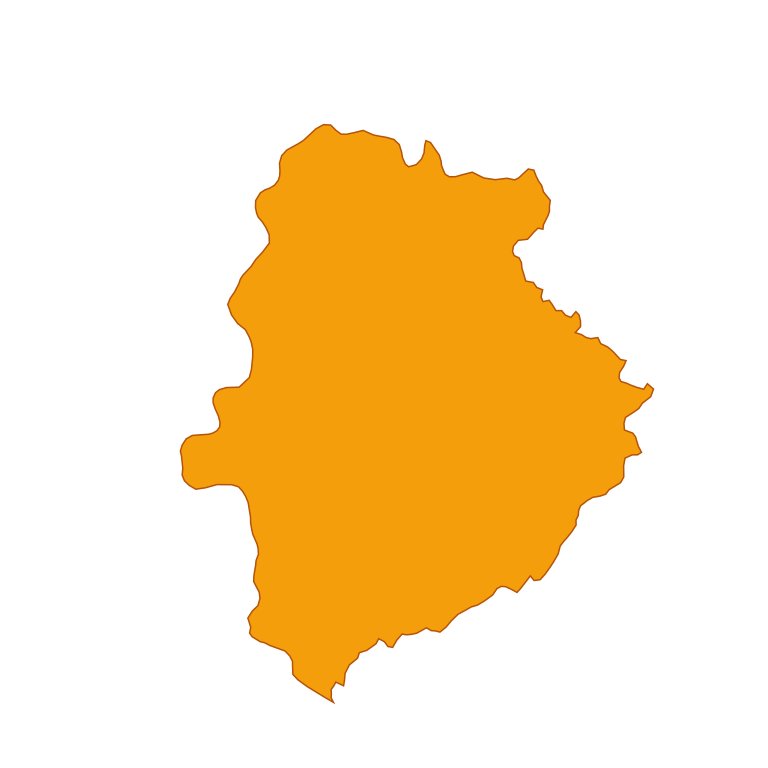 the district of Reserva do Iguaçu, Paraná, Brazil, rotated 62°
{"feature_id": "56859067B45945629242811", "entity_name": "Reserva do Iguaçu", "entity_type": "district", "adm_level": 2, "iso_a3": "BRA", "parent_name": "Brazil", "parent_adm1": "Paraná", "projection": "albers", "projection_center": [-51.961, -25.873], "detail": "fine", "context": "isolated", "style": "filled", "palette": "amber", "viewbox_px": 768, "rotation_deg": 62, "n_neighbors": 0, "source": "geoboundaries", "source_scale": "gbopen_adm2", "svg_char_len": 3554}
<svg xmlns="http://www.w3.org/2000/svg" viewBox="0 0 768 768"><g transform="rotate(62 384 384)"><path d="M641.4,578.1L636.3,578.0L632.8,575.9L629.0,574.2L627.0,570.1L624.6,566.5L628.1,563.8L631.5,561.4L627.1,558.0L621.2,554.2L615.8,546.5L613.7,536.1L609.7,532.0L611.1,524.1L609.6,513.0L606.4,508.2L611.8,504.6L617.6,503.8L620.6,500.0L616.2,493.0L613.3,485.5L616.1,481.7L617.8,477.6L619.4,472.1L619.2,461.0L623.9,458.1L626.2,454.5L629.3,451.1L627.8,443.4L624.6,435.5L622.1,426.8L622.0,419.4L621.8,411.6L623.1,405.4L622.7,397.3L621.3,387.1L617.7,380.3L617.7,375.6L620.1,371.7L626.0,367.3L630.5,364.4L628.8,359.7L624.9,351.0L622.1,344.9L628.0,343.7L630.1,338.0L627.5,330.9L623.6,323.1L620.3,317.2L615.8,310.0L609.8,304.5L607.4,299.4L605.4,294.0L602.6,287.6L598.7,280.6L594.2,278.3L591.3,274.2L587.3,271.7L583.8,267.7L582.3,259.0L582.1,252.9L584.4,245.9L585.4,240.0L583.0,234.9L582.2,221.4L578.6,215.9L568.7,210.8L562.6,206.0L563.1,198.1L565.6,193.3L565.2,188.7L558.7,188.7L552.9,187.6L548.7,186.7L544.2,187.4L537.5,193.3L531.4,190.6L526.9,186.5L526.0,176.2L525.2,170.4L522.3,165.0L521.5,160.5L520.4,154.4L515.0,148.4L507.4,151.3L510.6,157.1L505.4,162.6L501.0,166.5L497.0,169.6L493.1,173.6L488.9,173.6L484.4,170.5L480.9,164.2L477.0,159.3L473.3,163.8L463.1,166.5L456.4,169.1L450.1,173.7L443.4,173.4L441.0,180.2L437.7,183.8L433.2,186.4L428.4,191.0L425.6,183.5L420.6,180.9L414.6,179.4L410.2,180.6L413.0,187.6L408.5,191.5L402.6,192.7L400.0,197.7L392.4,198.2L387.6,198.9L385.9,204.9L380.9,204.5L375.3,199.7L370.5,203.8L364.5,204.5L359.6,210.5L353.0,209.1L346.6,207.9L341.4,205.7L336.1,205.5L331.7,208.8L327.4,208.3L323.0,205.0L320.2,198.0L323.6,189.3L320.3,180.5L318.7,174.9L321.9,171.0L318.2,168.4L312.0,159.7L309.1,156.8L304.6,154.4L300.0,151.0L289.3,153.0L282.8,151.6L277.2,152.3L271.8,152.1L265.5,151.3L261.9,155.7L265.3,168.4L265.1,172.8L260.1,178.8L255.8,189.9L248.9,199.2L238.4,206.7L235.9,217.1L234.5,223.6L231.8,228.9L227.6,231.5L223.3,231.3L217.9,230.6L214.2,229.0L207.9,227.8L198.4,228.9L192.6,229.6L188.8,232.7L192.3,235.9L198.8,240.2L202.9,245.1L205.5,252.5L203.8,260.2L200.1,261.9L192.8,261.4L187.4,259.6L179.8,258.1L172.8,260.4L167.4,266.0L162.7,272.1L159.2,276.4L150.3,283.4L148.2,291.8L146.0,299.6L143.2,304.6L137.5,307.3L130.3,309.5L126.6,315.7L126.7,324.1L131.1,340.7L131.6,346.5L131.8,359.9L134.4,367.2L140.1,372.7L146.8,375.7L151.4,378.5L154.6,381.8L157.1,387.4L157.4,392.9L156.7,397.8L157.2,403.5L161.8,411.2L168.2,414.8L173.6,416.3L177.6,416.7L184.1,415.3L190.2,414.8L198.2,415.3L205.8,419.1L210.5,429.2L213.8,438.6L217.9,446.3L221.8,457.8L224.1,461.7L227.4,465.2L232.6,472.7L236.1,479.5L240.4,484.6L251.5,486.2L261.9,484.8L271.0,480.9L278.7,480.9L284.0,481.4L291.7,483.6L298.7,487.4L308.9,494.2L315.1,499.9L318.8,513.4L313.2,524.7L311.7,532.0L312.6,536.9L316.2,541.5L320.4,543.7L326.4,544.7L334.4,545.2L340.8,546.8L344.7,549.2L346.8,553.3L347.0,557.9L346.1,562.3L341.8,571.9L339.4,577.5L339.6,584.4L343.2,590.9L347.7,595.3L352.7,596.7L363.9,601.2L369.7,605.0L375.8,605.6L382.0,603.6L388.5,599.6L391.8,590.4L394.4,578.7L401.5,565.6L406.5,560.7L411.9,559.3L418.2,558.9L424.9,559.6L439.0,564.4L444.0,567.0L450.8,569.2L455.2,570.4L465.6,571.2L469.9,572.3L475.4,574.8L479.8,579.8L483.8,582.4L487.2,585.1L492.0,588.7L497.2,591.8L503.4,591.9L509.1,591.9L515.0,594.1L520.5,599.3L522.7,607.0L526.8,614.1L536.3,615.9L540.8,619.6L545.2,619.1L553.4,614.3L556.4,610.9L561.2,607.6L573.3,596.7L579.8,594.9L585.7,594.9L590.2,597.2L597.7,600.8L604.7,598.9L615.0,593.9L632.2,583.8L641.4,578.1Z" fill="#f59e0b" stroke="#b45309" stroke-width="1.5"/></g></svg>